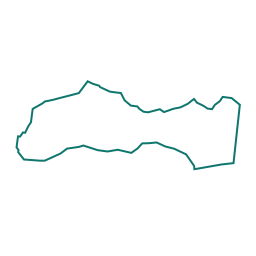 outline of Suhag, Suhaj, Egypt, rotated 96°
{"feature_id": "37247803B36599937729420", "entity_name": "Suhag", "entity_type": "district", "adm_level": 2, "iso_a3": "EGY", "parent_name": "Egypt", "parent_adm1": "Suhaj", "projection": "orthographic", "projection_center": [31.693, 26.547], "detail": "fine", "context": "isolated", "style": "outline", "palette": "teal", "viewbox_px": 256, "rotation_deg": 96, "n_neighbors": 0, "source": "geoboundaries", "source_scale": "gbopen_adm2", "svg_char_len": 1099}
<svg xmlns="http://www.w3.org/2000/svg" viewBox="0 0 256 256"><g transform="rotate(96 128 128)"><path d="M151.9,19.4L93.2,19.2L87.4,28.1L87.3,32.6L87.2,37.1L91.7,39.5L96.0,44.1L100.5,46.4L100.4,48.7L100.4,50.9L98.0,55.4L95.6,62.1L92.2,65.4L97.7,71.1L102.0,78.0L104.1,84.8L106.4,89.6L108.4,93.9L106.0,98.3L110.3,109.7L110.2,114.2L107.8,118.7L105.6,120.9L105.4,127.6L103.8,129.9L100.8,134.3L94.0,138.7L93.8,147.7L93.7,149.9L90.3,159.9L89.0,161.1L87.7,167.6L85.8,173.0L98.4,180.5L100.5,186.0L106.4,201.9L107.1,203.6L108.2,206.6L110.3,213.4L112.5,215.7L119.0,224.8L132.4,225.1L134.9,226.4L136.8,227.4L143.5,229.8L143.4,232.0L147.8,234.4L147.8,236.5L154.5,236.7L159.0,236.8L161.3,234.6L163.5,234.7L168.1,230.2L170.2,228.2L169.7,212.4L169.2,207.4L160.4,192.4L154.9,186.5L152.0,175.1L150.7,171.9L150.1,170.6L153.2,155.9L153.5,145.9L150.7,135.9L151.9,126.1L152.4,122.1L147.3,116.3L141.8,112.2L140.9,105.4L139.4,98.1L142.5,88.9L143.8,79.7L143.9,79.4L144.1,79.0L146.9,71.0L148.2,67.4L158.9,58.2L162.0,57.7L160.9,53.6L158.0,43.5L154.5,31.2L151.9,19.4Z" fill="none" stroke="#0f766e" stroke-width="2"/></g></svg>